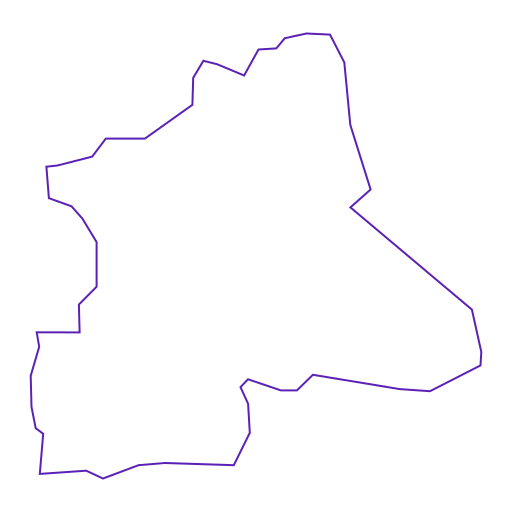 Elbasan, Elbasan, Albania
{"feature_id": "67620474B34590160208903", "entity_name": "Elbasan", "entity_type": "district", "adm_level": 2, "iso_a3": "ALB", "parent_name": "Albania", "parent_adm1": "Elbasan", "projection": "albers", "projection_center": [20.009, 41.064], "detail": "fine", "context": "isolated", "style": "outline", "palette": "violet", "viewbox_px": 512, "rotation_deg": 0, "n_neighbors": 0, "source": "geoboundaries", "source_scale": "gbopen_adm2", "svg_char_len": 710}
<svg xmlns="http://www.w3.org/2000/svg" viewBox="0 0 512 512"><path d="M48.9,198.2L71.5,206.3L82.4,218.6L96.6,242.1L96.6,286.7L78.9,304.5L79.6,332.4L36.7,332.3L39.2,346.8L30.7,375.8L31.5,407.0L35.7,428.2L43.2,433.8L39.8,473.9L86.2,470.7L103.0,478.5L138.5,465.2L164.6,463.0L233.8,465.2L249.8,432.8L248.1,403.8L240.5,387.1L248.0,379.3L280.9,390.4L296.9,390.4L312.9,374.8L399.7,389.1L430.0,391.2L480.5,365.4L481.3,352.0L471.9,309.6L350.4,207.4L370.6,189.5L350.3,124.9L344.3,62.4L330.0,34.6L306.5,33.5L284.8,38.2L276.3,48.4L258.5,49.5L244.1,75.5L217.0,64.2L203.4,60.8L193.2,77.8L192.4,104.8L144.9,138.6L105.8,138.6L92.2,156.6L57.4,165.5L46.4,166.7L48.9,198.2Z" fill="none" stroke="#5b21b6" stroke-width="2"/></svg>